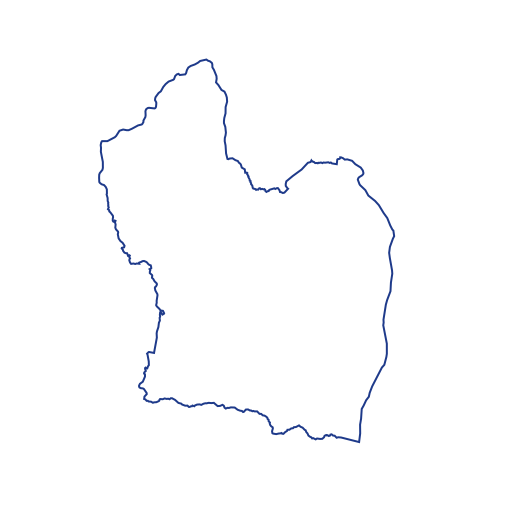 outline of Sutamarchàn, Boyacá, Colombia, rotated 169°
{"feature_id": "7082276B91786525694715", "entity_name": "Sutamarchàn", "entity_type": "district", "adm_level": 2, "iso_a3": "COL", "parent_name": "Colombia", "parent_adm1": "Boyacá", "projection": "robinson", "projection_center": [-73.611, 5.636], "detail": "fine", "context": "isolated", "style": "outline", "palette": "blue", "viewbox_px": 512, "rotation_deg": 169, "n_neighbors": 0, "source": "geoboundaries", "source_scale": "gbopen_adm2", "svg_char_len": 6097}
<svg xmlns="http://www.w3.org/2000/svg" viewBox="0 0 512 512"><g transform="rotate(169 256 256)"><path d="M393.1,137.0L391.9,136.3L391.0,134.7L389.8,134.5L389.2,133.7L386.8,133.0L385.2,131.6L384.0,131.8L381.7,131.5L379.1,132.1L378.5,132.5L378.2,133.3L377.4,133.9L374.9,133.2L372.9,133.6L370.8,132.7L369.5,132.7L368.2,131.9L366.9,132.6L365.6,132.4L362.9,130.2L360.2,126.6L357.5,125.3L356.9,124.3L354.1,122.6L351.8,122.2L350.8,120.7L349.9,120.5L348.5,120.9L347.6,120.7L346.9,121.3L345.2,120.3L344.5,120.9L342.2,121.4L339.7,121.1L338.1,120.3L335.8,121.0L333.8,121.1L332.7,120.8L330.5,120.9L327.8,120.1L325.4,119.9L322.3,116.0L319.9,115.7L317.3,116.3L316.2,115.2L315.8,113.1L314.8,112.0L313.0,112.4L311.6,112.0L309.5,112.2L305.8,111.3L303.4,108.6L301.1,107.2L299.4,106.6L298.5,105.3L297.8,105.3L295.2,107.2L293.1,106.9L291.3,105.4L290.5,105.4L289.2,104.3L288.2,104.4L287.0,103.7L284.5,103.2L282.7,100.4L281.0,100.0L279.8,98.3L278.1,97.7L276.4,96.1L275.7,94.9L275.7,93.8L274.9,92.8L275.1,91.3L274.1,89.9L274.5,89.0L274.3,87.4L273.6,86.0L272.3,84.6L272.4,83.4L273.7,80.9L273.7,78.9L273.1,78.4L270.2,77.3L267.1,77.4L266.3,77.2L264.7,77.4L264.3,76.6L263.0,76.2L261.1,77.5L258.9,78.4L258.3,79.4L256.3,79.1L254.4,80.0L252.5,79.9L251.5,80.7L249.4,80.5L246.1,81.5L244.9,79.9L243.0,78.6L241.4,76.1L240.5,75.4L240.3,73.7L239.3,72.0L238.8,69.7L237.2,68.0L236.3,67.5L235.7,66.2L234.6,66.3L232.4,64.6L230.9,65.2L228.0,64.2L225.8,63.9L223.8,65.1L223.0,66.4L221.8,66.8L220.9,66.8L220.6,66.3L219.9,66.4L218.9,65.4L217.6,65.6L217.0,66.5L215.8,66.5L214.6,65.0L213.1,64.6L211.5,62.2L209.9,62.4L207.1,61.6L190.3,53.7L187.6,61.9L186.0,70.6L183.9,76.2L181.4,85.7L178.9,88.6L175.4,93.4L172.1,96.3L170.5,100.0L166.8,105.9L153.7,122.5L150.8,124.7L147.3,132.0L146.2,135.1L144.3,145.0L144.3,163.7L143.4,166.3L143.0,169.2L137.8,183.5L135.7,187.7L130.7,195.8L128.6,204.2L125.6,212.6L125.2,215.9L125.0,228.4L124.7,233.7L122.8,239.4L118.3,246.9L116.6,249.1L116.3,254.7L117.1,255.9L118.4,260.4L119.9,268.2L122.5,273.8L125.7,282.5L128.6,287.3L134.2,293.9L136.1,299.8L140.3,305.7L140.7,306.7L141.5,311.5L140.8,312.8L139.7,313.7L136.5,314.9L135.2,315.9L134.7,316.9L134.8,319.5L136.3,322.8L141.0,327.2L143.5,331.1L147.9,333.4L150.5,333.7L151.9,335.4L153.7,336.6L154.5,336.8L154.7,336.0L155.5,335.4L157.2,335.5L157.8,335.2L159.2,330.7L163.8,332.4L164.7,333.5L165.9,333.3L167.2,334.2L170.3,334.4L172.0,334.9L173.1,334.5L174.4,335.4L175.9,335.3L176.5,335.6L177.6,335.2L178.2,335.7L179.7,335.8L180.5,336.2L181.0,337.1L182.0,337.5L182.4,338.2L183.1,338.4L183.4,339.2L184.5,337.8L187.3,337.6L194.7,332.2L204.7,327.5L212.0,323.5L213.1,321.0L213.4,319.1L212.2,316.5L211.7,315.9L216.0,312.8L217.6,312.7L219.2,313.9L220.2,314.2L220.4,316.1L221.6,318.5L222.6,318.6L224.3,318.1L225.1,318.9L229.4,318.5L230.4,318.3L231.2,317.3L232.3,317.4L233.5,316.9L234.3,317.8L234.4,319.3L235.1,320.1L235.7,319.9L237.1,320.7L238.5,320.6L239.1,321.7L239.8,321.9L241.3,320.7L242.5,321.2L243.3,320.9L244.1,322.0L245.8,322.7L246.2,323.5L246.2,325.9L247.1,327.4L246.9,328.4L247.4,329.6L247.0,330.5L247.8,331.2L247.6,332.4L248.4,334.7L248.1,335.5L248.5,335.8L248.5,336.8L249.1,337.9L248.7,339.2L249.1,339.6L250.7,339.8L250.5,343.2L253.1,345.5L253.4,348.5L253.8,349.5L255.0,350.9L255.7,352.7L257.9,354.0L260.4,356.4L263.3,356.7L264.6,356.3L265.5,356.7L265.8,362.4L264.8,370.3L264.8,374.7L264.1,377.8L262.9,380.2L262.0,382.8L261.5,388.6L262.1,392.5L261.7,394.6L260.8,397.5L258.7,401.8L257.4,408.0L254.9,413.0L254.4,417.1L254.7,420.0L255.6,423.4L258.2,425.6L260.3,431.0L262.1,434.0L260.8,437.5L260.5,440.2L261.8,446.8L262.8,449.5L262.3,452.6L262.5,454.0L264.1,455.9L265.9,456.9L267.2,458.3L273.6,458.1L276.1,456.8L279.5,455.7L283.9,455.0L286.5,453.9L288.4,451.6L289.7,448.9L290.8,447.8L296.3,448.2L297.3,449.6L299.0,449.4L300.9,448.2L302.7,445.3L303.5,444.8L308.5,443.9L311.9,442.0L314.7,439.7L318.0,435.8L320.5,434.6L324.1,431.3L324.8,430.2L325.4,428.3L324.6,425.9L324.8,424.5L325.7,421.5L326.6,420.4L327.4,420.2L332.8,421.9L334.0,421.9L335.6,421.2L336.3,420.4L336.9,419.2L337.5,415.2L338.1,413.5L340.6,410.5L341.0,408.9L342.4,407.3L343.1,406.9L346.8,406.7L353.5,404.6L357.0,403.8L359.0,404.2L362.3,405.5L366.1,405.0L370.4,400.5L372.0,399.5L380.0,397.1L385.2,398.1L386.2,397.1L387.3,394.5L387.5,391.7L388.4,387.9L388.4,377.6L389.5,371.7L390.3,369.9L393.6,367.1L394.4,365.7L395.1,362.7L395.7,358.6L395.4,357.7L393.9,355.9L391.6,354.6L390.3,352.4L389.7,349.9L390.4,345.8L390.9,345.0L390.6,341.2L391.1,338.3L390.8,336.5L391.2,335.5L391.2,334.1L391.6,333.4L391.3,331.8L392.4,330.2L391.4,329.0L391.5,327.7L390.7,326.7L388.8,322.8L388.9,321.3L389.4,320.2L389.9,318.0L389.5,317.0L388.9,316.6L388.4,316.8L387.8,317.7L387.2,317.3L388.0,316.0L387.8,313.7L388.7,310.7L388.4,308.9L386.8,306.3L386.8,305.3L387.5,303.8L387.5,299.5L386.2,296.5L384.4,294.4L383.1,291.1L383.8,289.7L386.1,289.6L386.4,289.1L385.5,287.6L385.5,286.5L384.5,284.4L383.5,283.7L382.0,283.3L381.6,280.7L380.3,281.0L379.8,280.5L380.6,279.3L380.1,277.6L380.8,277.0L381.2,275.9L380.9,273.7L380.1,272.1L377.7,272.0L376.1,271.2L374.5,271.4L372.2,270.7L372.4,271.5L372.0,271.8L369.3,272.2L368.6,272.6L366.9,272.5L365.2,271.4L364.2,270.4L363.4,268.8L362.5,267.7L361.1,266.9L361.0,265.1L361.2,263.9L363.0,263.4L362.5,262.2L363.2,260.9L363.5,259.5L361.7,257.2L361.6,256.3L362.2,255.0L362.2,254.3L361.3,253.2L360.4,250.5L358.8,248.2L358.6,247.3L359.0,246.4L360.0,245.2L361.0,244.7L361.4,243.9L361.4,241.4L360.1,237.4L360.2,236.2L362.1,230.9L362.4,229.0L363.4,226.8L363.0,225.5L360.9,222.5L360.1,220.8L357.8,219.9L357.1,217.3L357.5,216.8L359.1,216.3L360.2,219.0L360.4,219.2L360.8,219.1L361.6,216.6L361.7,214.7L362.4,213.7L362.7,210.9L364.0,209.1L365.4,204.8L367.6,200.9L368.3,199.0L368.9,194.8L374.6,180.3L379.4,182.2L380.0,182.0L381.6,180.9L381.3,179.8L381.4,172.9L382.0,169.3L383.1,168.3L384.2,166.4L384.8,166.5L385.6,167.5L386.3,167.1L386.4,166.0L386.1,164.2L387.9,163.0L388.3,161.9L387.7,161.4L387.6,160.8L388.0,158.8L391.1,154.2L394.3,152.7L395.5,151.1L395.7,150.0L395.4,149.1L394.2,148.2L392.3,147.6L391.4,146.8L389.5,142.4L389.6,141.3L392.3,139.3L393.1,137.0Z" fill="none" stroke="#1e3a8a" stroke-width="2"/></g></svg>